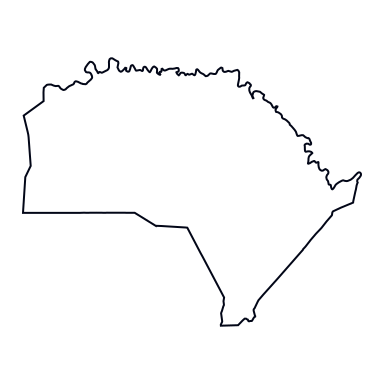 Podor, Saint-Louis, Senegal (Robinson projection)
{"feature_id": "50182788B66510054428140", "entity_name": "Podor", "entity_type": "district", "adm_level": 2, "iso_a3": "SEN", "parent_name": "Senegal", "parent_adm1": "Saint-Louis", "projection": "robinson", "projection_center": [-14.416, 16.094], "detail": "fine", "context": "isolated", "style": "outline", "palette": "ink", "viewbox_px": 384, "rotation_deg": 0, "n_neighbors": 0, "source": "geoboundaries", "source_scale": "gbopen_adm2", "svg_char_len": 5774}
<svg xmlns="http://www.w3.org/2000/svg" viewBox="0 0 384 384"><path d="M23.0,212.9L78.6,212.9L84.6,212.7L85.8,212.8L96.5,212.7L105.4,212.8L107.2,212.7L134.7,212.8L156.0,226.0L156.1,225.8L161.2,226.0L185.6,227.5L187.3,227.7L200.6,253.1L202.7,256.9L224.1,297.5L223.5,301.2L223.9,304.3L223.9,305.1L223.3,306.4L221.9,311.1L221.4,312.3L221.1,313.3L222.2,321.3L222.1,321.9L220.8,324.7L220.9,325.7L238.1,325.2L242.6,320.5L244.6,318.7L246.1,318.7L246.9,319.3L247.8,319.6L248.3,320.9L248.6,321.2L249.3,321.3L250.2,321.0L251.5,321.0L252.0,320.8L254.0,317.4L255.2,316.6L255.2,316.0L254.9,315.5L253.7,310.9L253.6,309.9L253.8,309.2L254.6,308.2L257.7,301.7L258.5,300.2L263.3,294.6L277.4,278.9L303.0,249.7L303.1,249.2L305.5,246.6L310.7,239.9L316.0,233.7L321.5,227.9L326.5,221.5L331.8,215.4L332.0,214.9L332.3,212.6L332.5,212.1L333.1,211.3L340.8,207.7L353.1,202.6L353.3,201.1L354.5,195.5L355.4,191.4L355.9,189.5L356.6,185.5L357.3,183.3L357.7,182.7L357.2,181.4L357.3,180.0L357.7,179.4L359.4,177.7L360.5,176.1L360.9,175.3L361.0,174.2L360.9,173.7L360.4,172.9L359.7,172.4L358.7,172.4L357.6,173.0L355.4,175.2L353.0,177.9L351.1,179.4L350.2,179.9L347.8,180.9L346.8,181.1L345.0,180.9L343.1,180.3L341.7,180.8L338.9,182.3L336.5,184.0L335.6,184.9L334.1,187.5L333.3,188.6L332.6,189.2L332.3,189.3L331.9,189.1L331.3,187.9L331.1,187.1L330.8,185.2L330.4,184.8L329.1,184.6L328.7,184.3L328.1,181.4L327.9,180.9L326.8,179.5L326.5,178.4L326.3,177.1L326.7,175.9L327.0,175.1L328.2,173.6L328.4,172.6L328.4,171.9L328.2,171.4L327.7,170.5L327.1,170.0L325.6,169.1L325.1,169.2L324.4,169.6L322.9,170.6L322.1,170.7L321.4,170.6L320.1,169.8L319.5,169.1L318.8,167.4L318.4,164.8L318.5,162.6L318.3,162.1L318.0,162.1L316.7,162.6L316.2,162.7L315.7,162.4L314.5,161.1L314.0,161.0L311.9,161.8L310.0,163.1L309.3,163.4L308.3,163.7L308.0,163.5L308.1,162.6L308.4,161.1L308.5,158.5L308.8,157.0L309.5,155.7L312.3,153.1L312.2,152.8L311.2,151.9L310.0,151.5L309.0,151.3L307.4,151.4L306.2,151.7L305.6,151.7L305.1,151.1L304.9,149.8L304.8,146.2L304.6,145.4L304.8,144.6L306.3,143.7L307.5,143.7L308.4,143.8L309.5,144.6L310.2,144.7L310.8,144.5L311.1,144.0L311.1,142.9L309.9,140.4L309.6,139.3L309.0,138.5L308.5,138.1L307.9,138.2L307.4,138.1L305.4,137.2L303.4,135.4L303.0,135.2L301.5,135.2L298.7,135.9L297.6,135.9L297.0,135.0L295.9,131.7L294.6,129.8L291.3,126.0L289.8,124.7L289.6,123.5L289.1,122.8L286.8,120.6L286.0,120.0L285.1,119.4L283.1,118.6L282.3,117.9L282.0,117.4L281.9,115.9L281.6,115.2L280.8,114.1L278.5,112.5L277.7,112.2L276.1,111.9L275.8,111.2L275.5,109.9L276.4,108.1L277.2,107.2L277.4,106.5L276.6,106.2L276.1,106.3L275.6,106.9L274.7,107.6L273.9,107.7L273.2,107.4L272.8,107.0L271.4,104.3L270.6,103.3L270.0,102.8L268.0,101.9L266.4,100.6L265.4,100.3L264.1,99.6L263.4,98.7L263.2,97.9L264.1,95.2L264.1,94.8L262.0,93.5L260.0,91.8L256.5,91.1L255.4,91.2L254.5,91.5L253.8,91.9L253.3,92.5L252.9,93.7L252.5,95.4L252.5,96.1L253.4,98.1L253.0,98.3L252.7,97.9L251.6,95.2L250.0,92.5L249.6,91.4L249.3,90.4L249.3,88.2L249.9,87.0L250.7,86.0L250.9,85.3L250.7,84.6L250.0,84.1L249.5,83.3L248.8,82.9L247.6,82.3L246.8,82.6L246.2,83.3L245.3,85.1L244.7,85.4L241.8,85.6L240.4,86.5L239.6,86.7L238.7,86.6L238.2,86.2L237.9,85.3L238.0,84.3L238.9,79.9L239.2,77.9L239.1,76.6L239.2,72.3L238.3,70.5L237.3,69.9L234.0,70.8L232.2,71.7L231.5,71.8L228.4,70.9L227.9,71.0L225.8,71.8L224.2,71.9L223.3,71.3L222.8,70.7L222.6,69.6L222.4,68.1L221.9,67.8L221.3,67.6L220.8,67.7L218.0,69.9L217.5,70.6L216.6,72.7L215.7,73.9L215.1,74.0L213.9,74.0L211.0,73.4L210.1,73.5L207.6,75.8L206.4,76.1L205.6,76.1L203.7,74.4L202.9,73.9L201.3,73.2L199.9,72.2L198.0,69.8L197.3,69.3L196.7,69.4L196.4,69.6L196.2,70.0L196.0,71.6L195.3,74.4L195.0,74.9L194.6,75.2L194.0,75.1L192.3,73.8L191.7,73.8L189.6,74.6L188.9,74.6L187.6,73.9L186.9,74.2L185.8,75.2L185.3,75.0L184.8,74.0L184.2,73.2L183.7,72.9L182.6,72.7L181.3,72.7L180.7,72.9L180.1,73.6L179.6,74.5L178.8,75.3L178.5,75.1L177.3,74.0L176.8,73.3L176.4,72.3L176.9,72.0L178.3,71.6L178.7,71.0L178.8,70.2L178.6,68.9L178.2,68.2L177.3,68.0L176.5,68.0L174.7,68.5L172.7,68.8L170.3,68.7L169.3,68.8L168.4,69.1L165.5,70.4L164.5,70.5L164.1,70.4L163.4,69.9L162.6,69.0L162.2,68.7L161.6,69.0L161.5,70.7L161.4,71.5L161.2,71.8L160.2,71.7L159.8,71.9L159.3,72.6L160.3,74.4L160.0,74.8L159.3,74.6L158.2,73.9L157.2,73.1L156.9,72.4L157.1,70.1L157.0,68.8L156.5,68.2L155.8,67.5L154.6,66.7L154.2,66.5L153.5,66.7L152.6,67.5L151.4,69.4L150.7,71.0L149.9,72.1L149.5,72.1L148.8,71.4L147.7,70.1L146.0,67.4L145.5,67.0L145.0,66.8L144.3,66.8L143.5,67.4L143.1,68.8L142.9,70.4L142.5,70.9L142.1,71.0L140.4,70.1L139.8,70.0L136.7,70.6L136.2,70.6L135.8,70.4L134.7,68.2L133.1,65.5L132.2,65.1L131.1,65.7L130.8,66.3L130.1,69.1L129.3,71.2L128.9,71.5L128.0,71.7L126.4,71.0L126.1,70.4L126.0,69.9L126.2,68.9L126.3,68.1L126.0,67.9L125.2,67.8L124.1,69.2L122.8,70.5L121.6,71.5L120.7,71.7L119.8,71.2L119.0,70.5L118.5,69.5L117.5,67.4L118.4,63.1L118.1,61.6L115.5,60.3L112.5,58.4L111.3,58.3L110.7,58.4L109.7,59.1L109.2,60.3L108.9,62.1L109.0,63.6L109.0,67.4L108.6,68.7L107.5,70.0L102.3,72.6L101.6,72.7L100.4,72.2L99.3,72.0L99.0,72.2L98.6,72.9L98.2,73.1L97.8,72.8L97.1,71.2L96.2,70.1L96.0,69.5L95.5,69.0L95.0,66.0L94.7,65.1L94.2,64.4L92.9,62.7L92.4,62.3L90.8,61.8L89.8,61.9L87.9,64.0L85.7,67.1L84.9,69.0L84.9,70.2L85.8,71.7L86.1,72.1L87.3,72.4L88.8,72.4L89.9,72.7L90.4,73.1L91.2,74.2L91.4,74.6L91.4,74.9L91.8,75.5L92.1,76.9L92.1,77.6L91.9,78.2L90.8,79.6L87.3,82.7L86.7,83.6L85.7,84.2L82.8,84.0L82.3,83.7L81.2,83.5L77.9,81.8L76.0,81.3L75.4,81.4L74.7,81.9L74.1,83.0L74.0,83.5L73.3,84.3L69.2,86.2L67.0,87.9L65.5,89.4L63.8,90.0L62.9,89.8L61.1,88.8L60.1,87.8L59.7,87.1L58.7,86.0L58.4,85.9L57.8,85.9L55.6,86.1L53.7,85.6L51.1,84.5L48.2,84.6L47.2,84.8L46.7,85.0L43.8,87.8L43.5,92.2L43.6,101.1L23.7,115.6L27.7,132.0L28.3,134.8L28.6,137.3L30.7,165.9L25.3,177.1L23.0,212.9Z" fill="none" stroke="#020617" stroke-width="2"/></svg>